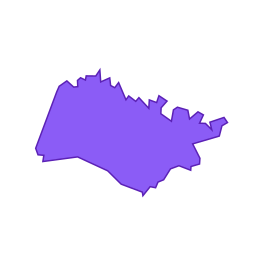 outline of Bath, Kentucky, United States of America, rotated 336°
{"feature_id": "52423323B79890257975212", "entity_name": "Bath", "entity_type": "district", "adm_level": 2, "iso_a3": "USA", "parent_name": "United States of America", "parent_adm1": "Kentucky", "projection": "natural_earth1", "projection_center": [-83.678, 38.15], "detail": "fine", "context": "isolated", "style": "filled", "palette": "violet", "viewbox_px": 256, "rotation_deg": 336, "n_neighbors": 0, "source": "geoboundaries", "source_scale": "gbopen_adm2", "svg_char_len": 898}
<svg xmlns="http://www.w3.org/2000/svg" viewBox="0 0 256 256"><g transform="rotate(336 128 128)"><path d="M208.1,172.5L214.7,164.2L221.1,163.5L220.0,157.4L205.2,156.0L203.8,163.6L200.6,155.3L195.3,152.7L202.2,146.7L198.5,141.7L187.9,144.8L189.9,136.1L181.6,129.1L176.9,129.9L170.4,139.5L163.8,128.3L166.5,123.0L174.6,119.3L169.4,111.1L164.5,116.4L158.9,111.0L155.0,118.5L150.3,104.7L145.9,106.8L141.7,99.0L137.6,101.4L137.9,82.7L132.3,85.8L129.4,82.1L131.7,74.8L121.8,74.8L125.9,63.5L119.7,67.4L111.0,63.4L108.6,66.9L105.1,62.8L101.2,64.0L98.9,69.8L95.0,68.5L91.3,60.1L82.1,61.9L77.6,66.0L35.4,109.0L34.9,115.9L40.0,118.7L36.6,124.0L70.2,133.9L92.0,158.8L98.9,176.5L115.0,192.4L114.1,195.9L124.4,190.6L128.9,193.8L133.4,189.6L139.5,189.8L150.2,182.6L159.2,183.2L168.1,192.1L169.9,188.8L178.7,190.0L181.4,184.9L180.6,168.8L208.1,172.5Z" fill="#8b5cf6" stroke="#5b21b6" stroke-width="1.5"/></g></svg>